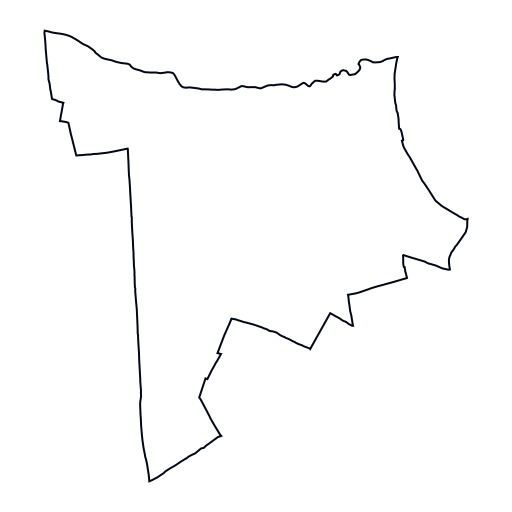 Phasi Charoen, Bangkok Metropolis, Thailand
{"feature_id": "78962969B24631471480950", "entity_name": "Phasi Charoen", "entity_type": "district", "adm_level": 2, "iso_a3": "THA", "parent_name": "Thailand", "parent_adm1": "Bangkok Metropolis", "projection": "orthographic", "projection_center": [100.442, 13.718], "detail": "fine", "context": "isolated", "style": "outline", "palette": "ink", "viewbox_px": 512, "rotation_deg": 0, "n_neighbors": 0, "source": "geoboundaries", "source_scale": "gbopen_adm2", "svg_char_len": 5845}
<svg xmlns="http://www.w3.org/2000/svg" viewBox="0 0 512 512"><path d="M221.3,435.9L221.1,435.7L220.7,435.4L220.4,435.1L218.9,432.7L214.7,425.8L210.5,418.5L210.1,417.5L209.0,415.3L207.3,412.0L201.0,400.1L200.3,398.9L199.5,398.0L199.3,397.6L199.3,397.0L199.6,396.4L205.5,378.4L207.4,379.1L211.4,370.9L214.5,365.4L215.8,362.9L216.9,361.3L221.0,354.0L217.5,353.1L224.2,335.5L229.7,323.1L231.3,319.2L231.3,318.8L231.7,318.6L233.4,319.1L235.0,319.2L244.0,322.1L246.0,322.5L253.7,324.6L256.8,325.6L259.5,326.6L261.5,327.2L263.8,328.3L266.4,329.1L269.4,330.8L270.4,331.2L270.8,331.1L273.3,331.5L276.3,332.5L278.8,334.1L280.2,335.2L283.4,336.7L284.0,336.8L285.6,337.8L288.4,338.9L290.4,339.9L292.3,340.9L292.6,341.2L294.3,341.8L295.4,342.5L295.8,342.8L298.4,344.0L301.9,345.3L302.2,345.3L302.4,345.5L303.6,346.2L309.3,348.3L310.0,348.7L310.2,349.0L330.2,313.2L333.2,314.8L334.6,315.7L339.7,318.4L342.6,320.5L344.1,321.2L345.0,321.5L345.8,321.8L346.8,322.5L348.8,324.0L351.9,325.7L353.0,325.8L352.7,324.3L351.3,315.5L350.2,311.2L349.5,305.8L348.8,301.2L348.7,299.7L348.3,296.3L348.0,294.8L356.1,293.3L359.3,292.4L362.2,291.4L368.1,289.4L371.3,288.2L376.5,286.6L382.1,285.1L394.4,281.7L407.0,278.0L405.6,272.5L405.3,271.7L405.3,271.4L404.6,267.1L404.1,267.2L403.9,267.1L403.4,265.0L403.2,262.7L403.2,257.9L403.0,255.5L403.4,255.1L410.4,257.3L423.5,261.2L424.8,261.6L427.4,263.0L428.7,263.6L429.3,263.7L431.0,264.1L435.7,265.5L442.4,268.4L448.3,269.7L449.9,269.5L449.3,265.9L449.0,262.5L448.9,260.7L449.0,259.2L449.5,256.9L449.7,256.3L450.2,255.5L450.8,253.8L451.2,252.9L451.6,252.1L453.3,250.0L455.4,246.4L456.6,245.2L460.3,240.0L460.7,239.4L465.5,232.5L465.8,231.8L467.0,227.6L467.2,226.1L467.3,221.1L467.6,218.9L466.2,219.3L465.5,219.3L464.4,219.2L463.4,218.7L462.2,217.9L461.4,217.5L461.0,217.4L459.5,216.7L457.3,215.2L452.4,212.4L441.9,206.1L436.0,201.1L435.0,200.0L428.8,190.1L423.8,182.7L422.6,181.3L421.7,179.7L419.8,175.8L417.0,169.9L416.5,169.3L409.7,157.1L407.9,154.5L404.1,147.9L403.0,145.0L401.9,140.7L403.1,140.3L403.2,139.9L403.2,139.5L401.5,131.8L400.8,129.9L400.4,129.2L400.1,128.9L399.3,128.9L399.1,128.5L398.9,127.3L399.0,126.9L398.6,121.3L398.6,119.3L398.4,117.7L397.8,114.4L397.8,113.4L397.2,112.2L396.7,111.0L396.3,108.6L396.1,105.5L395.4,103.4L395.2,102.1L394.7,98.0L394.7,96.9L394.4,95.5L394.5,91.1L394.8,89.1L394.8,85.1L394.5,78.7L394.6,74.7L394.7,73.3L396.3,62.8L397.4,57.9L397.7,57.0L395.7,57.1L389.5,58.5L388.0,58.7L385.8,59.4L384.5,60.0L382.6,61.2L380.7,61.8L379.9,62.1L375.5,62.4L372.9,62.3L371.2,61.3L368.4,60.1L365.9,59.4L362.0,59.7L361.0,60.1L359.7,61.5L358.9,63.0L358.5,64.0L359.1,64.7L360.0,66.5L360.2,67.2L360.2,68.2L359.6,69.8L358.3,71.3L356.1,73.3L355.1,74.1L354.1,74.3L352.1,74.7L349.9,75.0L349.4,74.9L348.9,74.5L347.1,71.8L346.4,71.1L345.8,70.8L343.7,70.3L343.1,70.2L342.4,70.4L341.8,70.7L340.5,71.6L340.3,71.8L339.6,74.0L339.2,74.4L338.4,74.9L337.1,75.4L336.9,75.4L336.6,75.2L336.2,74.2L335.7,73.9L334.9,74.0L334.1,74.4L333.2,74.9L333.0,75.4L333.0,76.3L332.6,76.8L329.6,79.1L329.1,79.3L327.8,80.2L326.4,81.4L326.0,81.6L325.5,81.6L323.2,81.6L320.5,81.2L318.1,80.8L315.8,80.7L315.0,80.9L314.2,81.5L311.8,83.7L310.3,85.9L309.7,86.3L309.2,86.3L307.6,85.6L306.9,84.8L305.3,83.5L304.0,82.9L303.7,82.9L303.3,82.9L302.0,83.6L299.1,85.5L297.5,86.5L296.6,86.8L294.7,87.2L293.1,87.2L292.1,87.0L287.9,85.4L285.1,84.6L281.7,84.3L275.3,84.9L274.9,85.2L272.7,85.2L271.0,85.1L267.7,85.5L265.2,86.5L261.2,88.2L260.6,88.3L260.0,88.3L256.9,87.6L255.9,87.3L254.9,87.1L247.5,87.2L243.3,86.2L242.0,86.1L241.5,86.1L236.0,88.8L234.4,89.3L231.4,89.6L227.5,89.3L222.8,89.5L217.9,89.9L215.1,89.7L212.9,89.7L207.8,89.4L201.8,89.3L198.1,88.4L194.9,88.0L189.8,87.4L185.5,87.7L183.3,87.3L182.3,86.8L181.5,86.3L179.5,83.9L179.0,83.1L177.9,81.3L175.1,75.9L173.9,74.0L172.9,73.1L172.5,72.9L170.3,72.4L168.3,72.2L167.3,72.2L165.0,72.6L160.3,73.2L156.0,72.5L154.5,72.5L149.9,72.5L145.2,72.2L143.6,71.8L141.7,71.0L139.7,70.3L136.0,69.3L133.5,68.4L132.6,67.8L131.1,66.5L130.3,65.3L129.6,64.6L127.8,63.8L126.4,63.6L121.2,63.0L116.3,61.9L113.9,61.1L112.0,60.4L104.4,58.7L101.4,57.5L97.5,54.3L95.1,52.4L95.0,51.7L92.8,49.7L88.0,46.3L83.2,44.1L80.8,42.6L79.1,41.4L76.7,39.9L76.0,39.4L73.8,38.2L72.1,37.2L69.8,36.1L66.6,35.0L61.8,33.9L54.5,32.9L51.8,32.4L48.7,31.5L44.7,30.7L44.4,32.6L44.6,34.6L44.9,37.2L45.5,44.8L45.7,49.3L46.9,62.7L47.3,65.0L48.2,73.4L48.5,76.8L48.4,78.4L48.7,80.3L49.4,82.8L49.6,83.6L50.4,90.2L50.7,90.7L52.0,98.9L52.2,99.1L54.5,99.7L56.4,100.4L58.3,101.5L63.4,102.8L63.3,103.2L63.1,103.4L63.0,103.8L61.6,112.0L61.0,114.8L60.0,121.1L61.8,121.3L66.1,122.0L68.4,122.8L70.7,133.3L76.3,155.5L80.5,155.1L81.2,155.2L86.7,154.6L90.3,154.5L93.5,154.0L96.7,153.9L106.4,152.8L107.7,152.6L114.7,151.3L127.6,148.6L127.9,149.3L127.9,151.9L128.1,154.4L128.1,155.2L128.5,163.3L128.7,169.5L129.0,175.5L129.5,179.9L129.7,183.3L130.1,189.4L130.1,190.8L131.0,205.4L131.5,216.5L131.8,217.0L131.8,222.5L132.3,232.3L132.8,239.2L133.2,248.6L133.4,250.6L133.6,254.9L133.5,255.3L133.8,261.2L133.9,265.0L134.3,269.4L134.5,272.1L134.5,273.7L134.4,275.0L134.6,276.0L134.7,282.5L134.9,287.2L135.3,288.5L135.2,291.0L135.7,297.3L136.1,302.3L136.4,304.9L136.8,309.5L137.6,327.6L137.7,333.6L138.0,334.5L138.2,340.5L138.7,348.5L139.0,353.1L139.2,360.2L140.3,379.8L140.2,380.7L141.0,390.6L140.9,393.6L141.1,396.1L140.4,400.8L140.1,403.5L140.5,414.3L140.8,418.1L141.1,425.4L141.9,434.7L142.4,439.8L143.6,448.2L143.9,449.7L144.9,454.7L145.2,456.7L146.3,460.3L146.3,461.1L146.6,462.0L147.0,463.9L147.6,467.7L148.6,474.1L148.9,476.7L149.3,481.3L151.7,480.3L157.3,477.4L163.7,473.1L165.3,471.5L166.3,470.8L170.4,468.2L175.5,465.3L180.6,461.8L187.0,457.9L189.0,456.4L192.2,454.7L194.3,453.8L195.5,453.1L200.9,448.6L201.4,448.3L203.5,448.0L203.8,447.8L206.5,445.3L208.3,444.1L217.7,437.2L219.8,436.4L220.5,436.3L221.3,435.9Z" fill="none" stroke="#020617" stroke-width="2"/></svg>